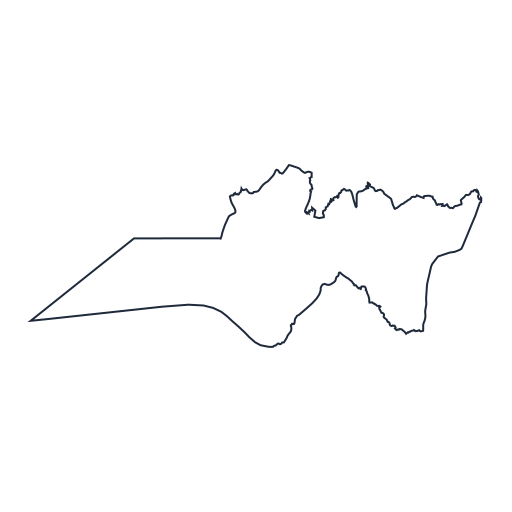 Nyando, Nyanza, Kenya
{"feature_id": "3690345B75499732008954", "entity_name": "Nyando", "entity_type": "district", "adm_level": 2, "iso_a3": "KEN", "parent_name": "Kenya", "parent_adm1": "Nyanza", "projection": "equal_earth", "projection_center": [34.954, -0.207], "detail": "fine", "context": "isolated", "style": "outline", "palette": "slate", "viewbox_px": 512, "rotation_deg": 0, "n_neighbors": 0, "source": "geoboundaries", "source_scale": "gbopen_adm2", "svg_char_len": 6125}
<svg xmlns="http://www.w3.org/2000/svg" viewBox="0 0 512 512"><path d="M162.1,306.7L188.5,304.7L203.5,305.5L213.1,307.9L221.3,311.8L227.1,316.3L232.1,321.0L238.3,326.4L244.7,332.4L249.4,337.3L255.0,342.2L260.5,345.2L268.5,346.8L272.6,346.9L273.3,346.6L273.7,346.0L274.3,345.7L275.5,345.6L277.3,344.0L277.9,343.6L278.6,343.5L279.8,344.2L280.6,344.1L281.4,343.5L282.2,342.5L283.9,342.4L286.5,338.2L287.0,337.2L287.3,336.2L288.5,334.3L290.2,332.3L290.8,331.4L291.1,330.5L291.4,328.5L291.2,326.7L290.8,325.8L291.0,325.0L291.7,324.5L292.0,323.8L292.8,323.8L293.4,324.1L294.1,323.9L294.5,322.9L295.0,319.1L297.0,315.9L299.2,314.7L307.2,307.8L312.3,303.2L316.7,298.4L319.3,294.4L320.6,290.7L320.7,288.0L321.5,286.0L322.8,284.4L324.7,283.9L326.8,284.7L328.9,284.9L330.6,284.4L334.0,282.2L335.1,281.1L335.8,279.5L335.9,278.5L336.3,277.8L336.6,276.8L338.1,276.1L338.5,275.2L338.9,273.0L339.4,272.5L340.1,272.6L343.1,275.2L347.4,278.1L348.2,278.4L350.0,280.0L351.7,281.3L353.1,283.3L353.8,283.8L353.8,284.7L354.5,285.4L355.4,285.2L356.1,285.4L356.6,286.2L358.4,288.3L359.2,287.9L359.9,288.6L360.7,289.0L361.0,288.2L361.1,287.1L361.9,286.4L363.1,286.6L363.8,286.4L364.6,286.6L365.4,287.4L366.1,289.4L365.7,290.1L366.7,291.3L367.3,293.6L368.3,295.5L369.1,298.5L369.2,299.5L369.3,301.8L369.5,302.6L372.2,302.4L372.8,303.0L374.1,303.5L374.4,304.1L375.1,304.1L375.8,304.6L376.8,305.7L378.3,306.0L379.2,305.8L379.8,306.1L380.4,306.7L379.2,307.7L379.5,309.3L380.0,309.9L381.5,312.9L382.4,312.9L383.0,313.2L383.5,313.7L384.0,314.4L384.0,315.5L383.6,316.5L384.0,317.5L386.7,319.7L387.7,321.9L388.5,322.0L389.2,322.5L389.6,323.3L389.7,324.5L390.0,325.1L390.5,325.6L391.9,326.0L392.7,325.5L393.3,325.8L394.6,325.7L395.2,326.5L395.6,327.7L394.9,328.4L396.0,329.7L396.8,330.1L397.3,329.6L398.8,329.7L399.3,329.0L401.6,329.3L405.0,332.2L406.1,333.8L407.9,332.3L408.4,332.6L409.4,331.7L410.3,331.7L410.9,331.1L411.6,330.8L413.1,330.6L413.9,330.0L414.6,330.4L415.3,331.2L417.6,330.9L419.2,330.2L419.8,331.0L420.6,331.4L423.1,330.8L423.2,329.5L423.2,325.1L423.4,323.8L424.6,320.6L425.3,317.9L425.4,315.1L425.2,312.4L425.2,310.7L426.3,304.1L426.1,298.1L427.0,285.0L427.6,281.8L430.0,271.5L431.0,267.0L431.7,265.0L432.5,263.6L438.0,256.5L448.9,252.8L451.3,252.3L454.5,251.9L455.8,251.4L459.1,250.1L461.3,248.9L462.7,246.1L472.3,222.8L475.3,215.8L479.7,203.1L480.1,202.4L481.0,202.1L481.2,201.1L481.3,198.2L480.9,197.6L480.7,198.6L480.3,199.6L479.4,199.3L478.7,198.7L477.9,196.2L478.4,195.4L478.8,194.6L477.9,191.2L477.3,190.5L477.2,192.0L476.6,191.8L475.7,190.2L474.6,189.9L473.7,190.4L473.2,191.3L471.7,191.4L471.1,191.8L470.7,192.4L470.4,193.2L469.8,194.2L468.2,195.0L466.1,194.9L465.5,195.4L464.3,197.0L461.5,199.4L460.8,200.2L461.6,203.5L461.4,204.4L459.8,204.7L457.2,205.8L455.7,205.9L454.9,206.2L454.3,206.6L453.0,208.1L452.3,208.1L451.5,207.8L450.2,208.0L449.4,207.6L448.8,206.8L448.1,206.4L447.6,205.1L447.0,204.3L444.5,206.1L443.9,205.8L442.3,205.9L442.8,205.0L442.6,204.0L441.0,204.3L440.3,204.1L439.5,204.5L438.9,204.2L438.2,204.3L437.4,205.0L436.5,204.6L436.2,203.4L435.5,202.2L435.1,200.9L434.6,200.1L433.6,199.3L433.0,198.5L432.6,196.7L431.6,196.7L430.2,195.9L428.5,195.7L424.2,196.1L423.8,196.7L423.6,197.9L420.8,197.0L416.9,195.3L416.4,196.1L415.5,196.8L414.6,197.0L413.4,196.7L411.9,197.0L410.0,199.1L407.8,200.3L406.9,201.1L404.5,202.6L403.4,203.6L401.5,204.3L396.9,208.0L396.2,208.1L395.0,208.9L394.4,208.4L393.5,206.1L392.8,204.8L392.5,203.4L391.8,201.3L391.2,199.1L390.6,198.4L384.2,193.7L383.4,192.0L382.9,191.4L381.8,190.4L380.2,189.6L378.9,190.1L377.7,190.2L377.2,190.9L375.6,191.1L374.8,190.4L374.3,189.0L373.8,188.2L373.1,187.7L370.1,186.3L369.7,185.5L370.0,184.5L368.3,182.9L367.8,182.7L367.7,183.7L368.5,185.9L367.9,186.2L367.0,185.9L366.3,186.3L366.7,187.1L368.0,187.4L368.2,188.1L367.5,188.3L366.9,187.9L366.2,188.1L366.0,188.8L364.6,189.4L363.9,190.1L363.1,190.6L360.9,191.4L359.1,191.5L358.3,191.9L356.9,194.1L356.7,195.5L356.7,197.4L356.6,204.8L356.7,206.2L356.2,207.0L355.7,206.6L355.4,205.8L353.7,200.2L352.3,194.5L351.5,192.2L350.9,191.3L350.2,190.4L349.3,190.0L348.5,190.5L347.8,190.4L346.3,190.7L344.6,189.2L344.0,188.9L342.7,189.9L341.4,190.5L341.3,191.7L340.3,193.0L339.5,192.9L338.6,194.4L338.5,196.6L338.3,197.5L337.7,197.7L336.9,196.3L336.4,196.9L335.6,197.3L334.6,197.2L333.8,197.8L333.2,198.7L333.4,200.2L332.6,200.3L331.8,199.5L330.9,199.1L330.7,200.0L331.7,201.0L331.3,201.8L330.1,201.5L329.6,203.4L329.2,204.2L328.4,203.8L327.6,206.4L326.4,206.9L325.7,207.5L325.8,209.0L324.7,210.5L323.8,210.6L323.2,211.0L323.1,211.9L322.9,213.6L323.8,215.1L323.8,217.2L319.1,218.1L314.3,216.8L315.4,210.6L312.1,207.7L312.2,210.3L311.5,209.8L310.0,210.6L309.8,211.4L309.2,211.0L309.0,212.2L308.1,212.5L308.4,213.3L307.6,212.8L307.0,213.7L306.2,213.0L306.2,212.0L305.3,212.0L305.0,210.8L306.3,207.2L307.7,204.3L309.0,201.1L309.8,198.5L310.5,194.5L310.5,193.5L311.1,191.8L310.6,191.4L310.1,190.8L310.5,189.7L311.9,189.4L312.4,188.7L311.7,186.3L311.6,185.1L310.2,183.4L309.8,182.0L309.9,181.1L310.3,180.5L309.6,178.1L310.3,178.0L310.9,177.2L311.6,177.1L311.7,172.9L311.2,172.5L310.1,172.0L308.5,171.7L306.8,172.0L305.4,172.8L304.5,172.8L301.6,170.8L299.8,168.9L298.6,168.1L291.3,165.6L288.9,165.1L286.1,169.2L282.8,173.3L281.9,173.6L280.6,172.9L279.8,172.9L279.3,172.4L279.0,171.6L277.6,170.0L276.4,169.8L275.8,170.3L274.2,173.9L273.2,175.4L272.4,176.4L268.2,181.0L266.8,182.0L265.4,182.8L263.2,184.7L261.4,186.8L259.2,189.9L258.5,190.7L257.7,191.3L256.4,191.7L253.7,192.0L253.2,193.0L252.0,193.4L251.4,193.2L250.7,193.3L249.2,192.9L247.3,190.7L246.8,189.7L246.3,189.3L243.2,190.2L242.4,189.9L241.5,188.5L241.4,189.4L240.9,190.7L240.9,191.8L239.6,192.8L239.2,193.8L238.5,194.5L237.8,194.4L237.1,193.9L236.6,194.3L235.4,194.1L234.8,194.1L234.9,193.2L234.3,193.5L234.2,194.5L233.5,194.4L232.9,195.5L231.2,195.4L230.5,195.8L229.9,196.5L230.5,199.3L231.6,202.8L234.4,207.9L235.1,209.6L235.4,210.8L235.4,212.2L234.7,213.1L232.0,214.3L229.4,215.9L228.8,216.5L224.9,225.0L222.9,230.8L222.1,233.5L221.6,236.0L220.6,238.6L219.8,238.3L134.0,238.4L30.7,320.8L49.3,318.9L162.1,306.7Z" fill="none" stroke="#1e293b" stroke-width="2"/></svg>